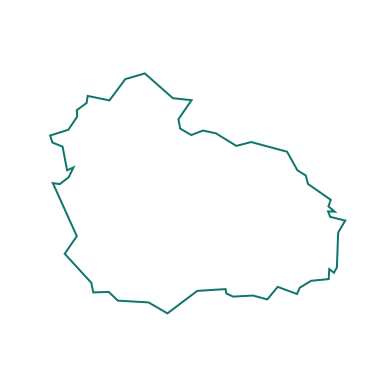 outline of Zelenikovo, Zelenikovo, North Macedonia, rotated 74°
{"feature_id": "65306769B35230400843522", "entity_name": "Zelenikovo", "entity_type": "district", "adm_level": 2, "iso_a3": "MKD", "parent_name": "North Macedonia", "parent_adm1": "Zelenikovo", "projection": "robinson", "projection_center": [21.57, 41.832], "detail": "fine", "context": "isolated", "style": "outline", "palette": "teal", "viewbox_px": 384, "rotation_deg": 74, "n_neighbors": 0, "source": "geoboundaries", "source_scale": "gbopen_adm2", "svg_char_len": 848}
<svg xmlns="http://www.w3.org/2000/svg" viewBox="0 0 384 384"><g transform="rotate(74 192 192)"><path d="M294.6,186.5L299.0,187.0L303.9,181.3L308.3,162.0L316.0,149.2L306.8,135.8L319.0,119.2L313.7,114.8L310.2,101.9L313.4,84.6L304.0,81.3L308.8,77.8L304.4,73.5L271.3,62.7L261.7,52.6L254.0,66.0L248.2,66.5L250.2,60.3L243.5,64.8L237.8,60.8L216.2,78.3L207.5,78.1L200.2,84.7L179.5,89.5L160.3,121.3L159.9,136.7L142.2,152.8L136.0,164.4L137.0,177.0L127.8,185.9L118.3,185.0L103.6,167.1L96.6,184.5L65.0,204.7L65.1,225.0L81.2,246.1L70.9,265.8L77.4,268.8L81.5,280.1L88.0,281.7L98.1,293.7L98.6,312.8L106.0,312.5L112.7,303.9L136.7,306.1L135.7,299.2L143.7,306.3L148.0,316.9L145.1,323.3L202.7,314.9L216.3,331.4L251.5,313.8L261.3,314.6L265.1,299.6L276.0,293.2L286.1,264.3L301.9,249.1L288.5,214.2L294.6,186.5Z" fill="none" stroke="#0f766e" stroke-width="2"/></g></svg>